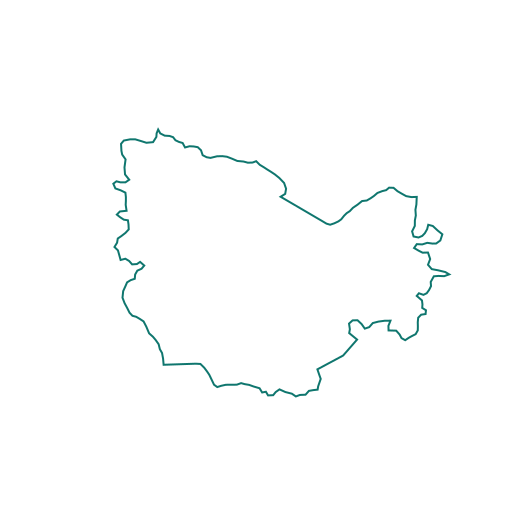 Xanxerê, Santa Catarina, Brazil, rotated 126°
{"feature_id": "56859067B35284649743550", "entity_name": "Xanxerê", "entity_type": "district", "adm_level": 2, "iso_a3": "BRA", "parent_name": "Brazil", "parent_adm1": "Santa Catarina", "projection": "orthographic", "projection_center": [-52.422, -26.88], "detail": "fine", "context": "isolated", "style": "outline", "palette": "teal", "viewbox_px": 512, "rotation_deg": 126, "n_neighbors": 0, "source": "geoboundaries", "source_scale": "gbopen_adm2", "svg_char_len": 3044}
<svg xmlns="http://www.w3.org/2000/svg" viewBox="0 0 512 512"><g transform="rotate(126 256 256)"><path d="M252.6,423.9L254.5,418.3L261.6,414.5L267.0,409.9L268.8,403.4L273.1,404.9L276.1,409.0L277.6,412.8L281.4,413.9L284.0,409.5L282.4,404.1L281.5,398.9L284.8,395.9L288.0,393.6L291.2,391.5L295.5,387.3L300.0,392.3L304.3,392.9L304.5,388.7L304.3,384.3L302.4,380.6L305.4,377.7L309.3,374.6L314.1,375.2L319.2,376.7L323.1,378.1L326.9,376.2L331.9,375.8L332.6,371.0L335.6,367.2L338.8,363.2L335.0,360.1L334.6,355.7L335.6,351.3L332.5,347.6L328.9,346.3L329.4,340.8L333.6,341.1L337.6,343.4L342.0,342.9L345.7,340.7L349.2,343.2L353.1,344.8L357.1,343.9L362.5,342.8L368.2,339.5L371.4,334.6L373.9,329.4L376.2,325.0L377.0,320.8L375.6,317.2L375.2,313.0L375.0,308.5L377.6,303.3L381.4,297.0L381.9,291.9L382.9,287.9L384.6,282.9L387.9,279.0L389.7,275.0L393.7,270.8L398.3,266.8L378.6,241.5L376.0,237.5L376.8,232.2L378.2,227.7L379.5,224.1L382.4,218.7L384.8,214.3L384.8,210.3L381.4,207.8L377.9,204.7L375.1,200.9L371.4,195.9L367.6,193.3L366.3,189.8L364.3,185.8L363.0,181.3L360.9,175.4L362.8,170.8L360.0,168.2L361.7,164.3L358.5,160.3L354.5,160.1L350.1,158.6L348.8,152.3L346.3,146.0L346.2,141.2L342.6,138.8L339.1,134.4L334.0,133.9L330.8,130.8L327.9,127.6L324.9,129.1L317.4,131.4L314.5,135.6L311.6,139.7L285.3,127.0L264.2,125.1L263.6,135.3L260.1,137.0L256.0,141.0L251.3,140.0L248.3,136.1L249.0,130.5L250.8,125.3L247.0,122.6L241.6,122.1L237.1,118.4L232.7,113.8L229.3,109.2L234.7,107.8L238.3,105.0L234.0,98.7L235.1,93.7L236.9,90.0L236.4,85.8L232.3,84.3L229.1,82.8L225.4,80.9L221.1,81.4L217.9,83.6L214.5,86.2L210.6,88.5L206.4,87.9L203.3,84.7L200.0,86.6L200.3,91.0L197.3,92.9L194.4,95.6L193.8,102.5L190.4,102.3L189.0,97.7L185.8,96.0L181.8,96.0L177.5,96.7L174.3,99.4L167.9,100.2L164.9,96.7L161.7,91.9L157.3,88.9L157.7,93.4L160.5,100.2L163.3,106.1L162.0,111.7L156.1,113.3L152.1,118.9L155.4,123.2L156.1,127.6L156.6,132.8L151.9,132.9L148.9,128.3L144.7,125.2L142.2,120.5L140.0,117.6L135.1,116.0L128.9,118.0L128.6,124.1L127.8,130.6L129.5,135.0L133.7,133.3L138.3,132.8L142.0,133.3L145.5,135.4L147.6,140.0L144.3,144.2L138.3,145.2L133.8,148.4L129.3,150.5L124.9,154.2L120.1,156.5L113.7,160.7L117.0,164.9L119.3,169.7L119.9,174.6L120.4,179.6L120.0,184.8L122.5,188.5L126.2,189.4L129.3,192.0L133.6,194.8L138.2,195.9L141.9,197.2L146.0,199.0L149.2,202.5L154.7,204.0L160.0,205.9L164.6,206.5L168.0,207.8L171.6,208.4L176.2,208.6L179.6,209.7L183.6,211.9L187.1,214.4L188.4,218.0L188.9,223.6L193.6,270.9L188.6,268.9L183.9,271.2L180.4,276.2L179.2,282.9L178.9,288.7L179.1,293.6L179.4,297.6L179.6,301.7L180.0,306.6L179.2,311.6L182.4,313.7L185.3,317.4L186.9,321.6L190.1,327.0L191.4,332.7L192.8,337.9L195.0,341.9L198.2,346.1L203.4,350.5L205.1,354.0L205.8,358.4L202.8,362.6L202.2,367.1L204.0,370.8L206.3,374.3L209.9,377.2L207.7,381.8L209.0,385.4L209.7,389.2L208.6,392.9L209.7,396.5L212.3,400.6L213.1,405.5L211.2,409.5L215.2,408.5L218.2,406.6L224.4,406.2L228.8,411.2L230.4,416.0L232.6,422.3L235.6,426.4L240.3,430.8L244.6,431.1L250.0,426.7L252.6,423.9Z" fill="none" stroke="#0f766e" stroke-width="2"/></g></svg>